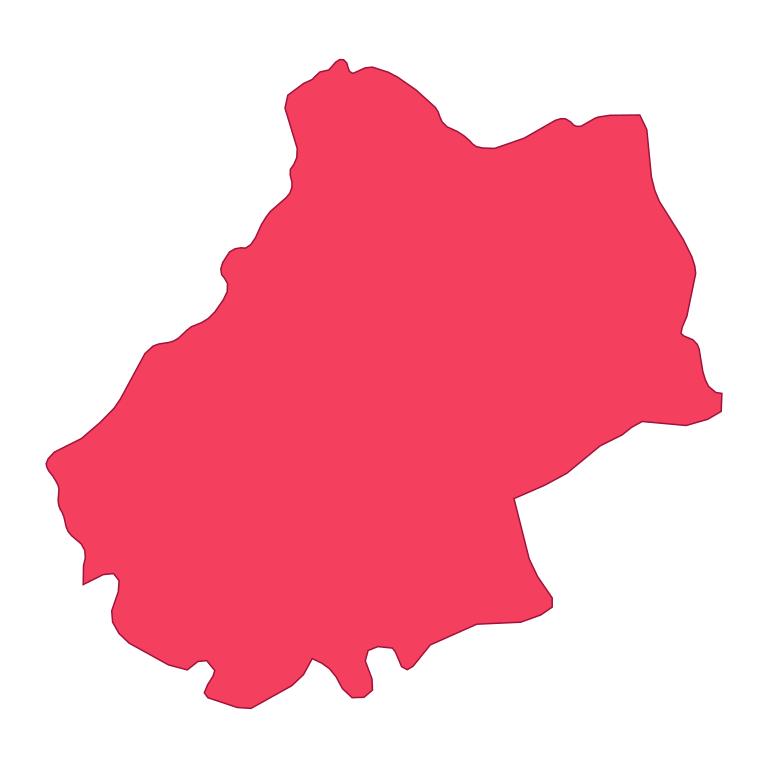 map outline of Lot (Mercator projection)
{"feature_id": "FRA-5318", "entity_name": "Lot", "entity_type": "Metropolitan department", "adm_level": 1, "iso_a3": "FRA", "parent_name": "France", "parent_adm1": "", "projection": "mercator", "projection_center": [1.542, 44.633], "detail": "fine", "context": "isolated", "style": "filled", "palette": "rose", "viewbox_px": 768, "rotation_deg": 0, "n_neighbors": 0, "source": "natural_earth", "source_scale": "10m", "svg_char_len": 2297}
<svg xmlns="http://www.w3.org/2000/svg" viewBox="0 0 768 768"><path d="M721.9,393.4L721.2,411.4L707.7,419.3L686.1,425.5L642.2,421.5L631.8,427.2L622.1,434.9L600.2,445.8L566.8,473.3L544.9,485.1L514.0,498.6L529.2,558.9L537.6,576.6L552.2,597.9L552.2,607.1L540.9,614.9L520.7,622.2L476.7,624.2L430.3,644.9L413.0,666.3L407.2,669.7L401.6,666.6L395.4,652.0L392.4,648.1L377.9,646.6L368.1,650.5L365.3,660.9L372.0,678.9L372.5,690.1L364.0,697.3L352.1,697.7L342.5,688.7L336.0,676.7L329.5,668.7L321.9,663.2L312.2,658.6L303.5,674.6L291.8,685.7L251.0,708.4L237.2,707.5L208.0,697.8L204.3,692.8L207.6,684.8L212.9,676.4L214.8,670.6L206.7,660.6L197.9,661.5L187.3,669.9L168.5,664.9L129.2,643.2L119.1,633.6L112.6,622.2L111.7,610.9L118.3,591.7L119.1,580.7L113.6,573.6L103.2,574.6L83.2,584.6L83.5,565.6L85.3,558.2L84.8,550.5L81.2,543.9L71.8,535.9L68.1,531.5L66.1,526.7L63.9,516.8L62.2,512.5L60.1,509.1L58.8,505.5L58.1,500.4L59.0,489.1L58.0,485.1L55.6,480.6L52.6,475.8L49.0,471.3L47.2,468.0L46.1,463.8L48.2,458.7L54.3,452.1L81.5,438.5L90.3,430.9L100.1,422.5L114.2,408.1L120.4,399.0L145.0,353.5L153.2,346.0L158.7,344.0L169.2,342.4L174.1,340.8L178.7,338.0L186.8,330.3L191.4,326.7L201.6,322.6L208.3,318.5L214.8,312.0L223.3,299.8L227.2,291.7L227.5,283.5L224.7,278.5L221.6,274.6L220.8,268.9L222.8,262.3L229.5,252.0L235.0,248.8L240.7,247.8L245.6,248.1L250.7,244.7L255.4,237.9L261.6,224.3L266.2,216.9L270.5,211.3L285.9,197.9L289.7,193.4L291.9,187.5L292.0,182.4L290.2,175.1L290.3,169.5L294.0,164.2L296.8,157.5L297.2,148.4L285.0,108.1L287.8,95.2L303.8,83.3L312.4,79.4L314.3,77.2L319.9,72.0L328.6,70.0L330.4,68.2L335.6,62.2L339.6,59.6L343.6,59.7L346.8,63.0L348.0,67.5L349.5,71.4L352.9,73.4L365.1,67.9L372.3,67.1L388.5,72.3L397.7,77.2L416.2,90.1L435.3,107.4L438.3,112.2L439.9,117.0L442.2,122.0L447.0,126.8L457.6,131.6L464.2,136.0L469.3,140.4L472.4,143.8L476.1,146.5L482.6,148.0L494.7,148.4L524.1,138.2L555.4,120.3L560.8,118.7L565.7,118.9L570.8,122.0L573.7,125.2L576.7,126.3L580.9,126.3L595.3,118.1L598.2,117.1L609.9,115.3L639.8,115.0L646.8,129.6L651.4,176.8L654.8,190.4L659.4,201.5L683.1,239.1L691.8,256.7L694.8,266.1L695.7,273.5L686.9,316.2L682.2,327.3L681.0,333.3L683.7,335.9L692.8,339.7L697.3,344.4L699.2,349.3L702.8,371.4L705.3,379.7L708.6,386.4L715.9,392.5L721.9,393.4Z" fill="#f43f5e" stroke="#9f1239" stroke-width="1.5"/></svg>